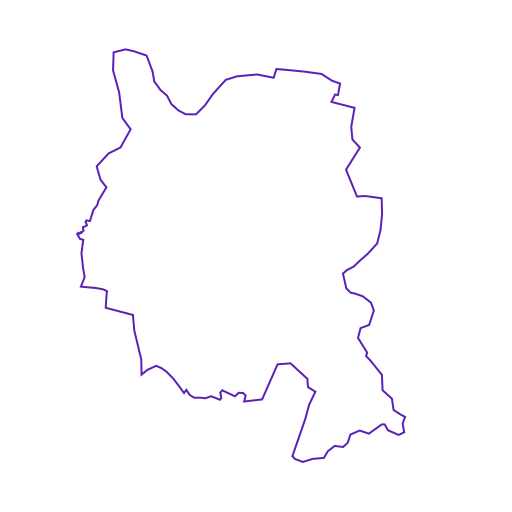 the district of Ewekoro, Ogun, Nigeria, rotated 102°
{"feature_id": "59680162B67809263123643", "entity_name": "Ewekoro", "entity_type": "district", "adm_level": 2, "iso_a3": "NGA", "parent_name": "Nigeria", "parent_adm1": "Ogun", "projection": "mercator", "projection_center": [3.208, 6.974], "detail": "fine", "context": "isolated", "style": "outline", "palette": "violet", "viewbox_px": 512, "rotation_deg": 102, "n_neighbors": 0, "source": "geoboundaries", "source_scale": "gbopen_adm2", "svg_char_len": 1983}
<svg xmlns="http://www.w3.org/2000/svg" viewBox="0 0 512 512"><g transform="rotate(102 256 256)"><path d="M173.4,145.1L174.6,161.5L176.8,169.6L152.8,185.9L128.4,176.9L122.0,185.9L109.9,189.7L90.6,190.4L89.6,214.2L81.6,212.2L81.6,209.3L69.9,209.6L68.7,218.2L64.3,229.8L65.6,247.2L67.4,263.0L68.9,274.9L78.0,275.8L78.2,292.6L84.2,312.0L86.5,316.0L90.0,322.2L106.4,331.8L119.0,337.1L129.9,344.1L132.0,354.3L129.7,362.2L125.1,370.3L117.6,376.4L113.7,383.7L106.4,391.8L96.9,395.6L82.7,404.7L81.1,418.3L81.0,426.5L86.4,437.6L104.2,434.4L124.4,423.9L148.8,415.4L158.1,405.0L178.0,411.1L186.3,421.5L201.4,430.5L213.8,423.9L219.9,416.6L234.6,421.6L239.4,421.9L244.6,424.6L256.3,425.7L256.4,429.2L258.0,429.8L261.1,427.7L262.6,429.4L263.8,431.3L265.5,430.8L267.0,429.9L267.9,430.7L269.5,431.5L269.2,432.3L270.9,433.1L270.3,434.7L271.6,435.5L275.9,431.7L276.1,428.3L289.6,427.3L303.8,422.6L312.3,419.2L322.4,420.9L320.6,406.0L320.4,398.6L321.4,394.4L323.2,394.3L330.1,393.4L337.9,392.2L339.3,364.1L354.1,359.6L381.1,346.7L395.8,343.3L389.9,338.5L384.2,330.8L385.3,325.1L387.9,319.3L393.0,311.6L399.7,303.8L405.0,297.9L401.4,296.3L405.7,291.9L407.5,286.9L406.2,281.4L405.7,276.0L402.5,270.7L404.1,261.4L402.2,260.4L397.2,262.5L394.4,261.2L397.6,247.4L393.4,244.5L392.7,240.2L394.6,237.1L400.8,237.3L395.0,220.2L357.5,212.4L353.8,199.9L365.5,180.2L373.4,177.9L376.4,169.7L390.4,173.1L406.0,174.0L444.2,178.8L446.5,175.5L447.7,167.4L442.6,158.2L439.4,147.6L432.1,145.2L425.4,139.5L424.7,131.1L419.6,127.5L411.0,126.5L405.2,118.3L406.3,108.6L394.6,98.0L394.0,95.1L399.0,90.7L401.4,79.3L397.6,74.4L389.5,77.7L382.4,76.7L382.1,77.6L381.0,81.7L378.0,89.4L367.3,93.4L361.0,104.3L346.1,108.1L334.6,122.2L330.9,127.6L327.4,127.2L314.9,139.2L304.8,138.7L299.9,131.0L284.8,129.4L277.7,133.9L273.2,143.2L272.1,152.1L272.3,155.7L268.9,160.9L255.2,167.3L250.9,164.2L246.0,158.2L239.3,153.7L230.8,147.3L218.6,140.1L204.6,139.6L188.7,141.4L173.4,145.1Z" fill="none" stroke="#5b21b6" stroke-width="2"/></g></svg>